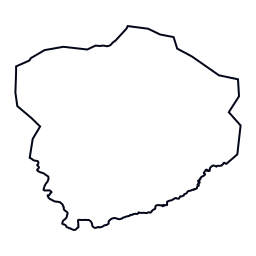 outline of Tosoncengel, Hövsgöl, Mongolia
{"feature_id": "93677404B95621463819566", "entity_name": "Tosoncengel", "entity_type": "district", "adm_level": 2, "iso_a3": "MNG", "parent_name": "Mongolia", "parent_adm1": "Hövsgöl", "projection": "robinson", "projection_center": [100.859, 49.504], "detail": "fine", "context": "isolated", "style": "outline", "palette": "ink", "viewbox_px": 256, "rotation_deg": 0, "n_neighbors": 0, "source": "geoboundaries", "source_scale": "gbopen_adm2", "svg_char_len": 5706}
<svg xmlns="http://www.w3.org/2000/svg" viewBox="0 0 256 256"><path d="M173.6,37.1L160.1,34.5L148.0,28.7L127.7,26.1L126.6,28.5L115.7,40.4L113.4,42.1L112.4,42.9L111.8,43.7L110.2,45.3L107.7,46.2L106.7,46.2L104.1,45.7L102.4,45.6L100.8,45.9L99.7,46.0L97.8,45.8L95.6,45.6L94.6,46.0L87.3,49.5L63.4,46.8L44.6,50.1L30.9,58.1L29.4,60.5L16.1,66.4L16.1,71.9L15.4,92.6L17.3,106.1L31.7,118.3L40.1,126.5L32.7,138.9L29.7,157.8L29.9,158.0L30.0,158.1L30.7,158.3L31.2,158.5L31.5,158.7L31.8,158.9L32.2,159.3L32.8,159.8L33.7,160.3L34.6,160.6L37.0,160.9L37.3,161.0L37.7,161.2L38.2,161.7L38.3,162.1L38.4,162.9L38.3,163.3L38.2,163.9L37.6,164.4L37.3,164.8L37.2,165.0L37.3,165.4L37.7,165.7L38.4,166.3L38.7,166.8L38.9,167.5L38.7,168.0L38.4,168.5L38.1,168.8L37.3,169.5L37.2,169.9L37.2,170.1L37.2,170.3L37.8,170.9L38.4,171.3L40.2,172.2L40.6,172.4L43.4,173.2L43.8,173.4L44.4,173.9L46.8,175.6L47.6,176.0L47.8,176.2L48.3,176.8L48.4,177.1L48.4,177.4L48.5,178.1L48.5,178.9L48.3,179.6L47.9,180.5L47.9,180.8L47.4,181.6L46.7,182.7L46.2,183.2L46.0,183.4L45.6,184.1L44.8,185.5L44.4,186.5L44.0,188.0L43.7,189.0L43.5,189.6L43.6,189.8L44.0,190.2L44.3,190.4L44.7,190.5L45.3,190.5L48.7,190.4L49.4,190.4L49.6,190.4L50.1,190.7L50.8,191.3L51.4,191.9L51.5,192.1L51.1,192.7L50.7,192.9L50.5,193.0L50.4,193.3L50.1,193.6L49.6,194.3L49.5,194.8L49.4,195.0L48.9,195.3L48.3,195.3L47.7,195.4L47.7,195.7L47.8,196.0L48.0,196.6L48.1,196.9L48.4,197.3L48.7,197.9L49.4,198.6L50.3,199.2L51.4,199.7L54.2,201.2L55.5,201.6L56.1,201.6L59.1,202.0L60.1,202.3L61.3,203.4L62.3,204.2L62.8,204.9L62.9,205.9L63.3,206.4L63.6,206.7L63.8,207.1L63.7,208.1L63.8,208.5L64.0,209.4L64.6,210.3L67.1,212.1L67.5,212.9L67.6,213.6L67.1,215.0L66.8,216.8L66.4,217.6L65.7,218.5L65.3,218.9L64.9,219.3L63.8,220.1L63.0,220.9L62.8,221.2L62.3,223.1L62.3,223.7L62.8,224.2L64.4,224.5L64.9,224.8L65.4,225.1L65.7,225.4L66.1,225.9L66.3,226.5L66.4,226.8L66.7,227.0L67.1,227.3L67.8,227.4L68.3,227.6L68.7,228.0L69.0,228.2L69.3,228.3L69.9,228.3L70.5,228.4L71.2,228.9L72.6,229.6L73.7,229.9L74.4,229.9L75.1,229.8L75.5,229.7L75.9,229.4L77.5,227.7L77.9,227.7L78.0,227.6L78.5,226.9L78.5,226.5L78.2,225.3L78.4,224.4L78.3,223.7L78.2,223.2L78.0,220.5L78.1,220.2L78.3,220.0L78.6,219.9L79.2,219.8L80.2,220.0L80.7,219.9L82.6,220.1L83.3,219.9L84.0,219.9L88.5,220.0L89.0,220.1L89.8,220.6L90.3,221.0L90.8,221.4L91.1,221.8L91.4,222.3L91.7,223.2L92.1,223.9L92.2,225.3L92.3,225.7L92.6,226.3L93.2,226.9L94.4,227.7L94.9,227.9L95.4,227.9L95.9,227.9L96.3,227.7L97.0,227.4L98.3,227.0L98.7,227.0L98.8,227.1L98.9,227.3L99.0,227.3L99.5,227.3L100.1,227.2L100.8,227.2L101.3,227.1L101.6,227.0L102.8,226.4L103.5,225.9L104.0,225.6L104.4,225.4L105.8,225.0L106.3,225.0L106.8,224.8L107.7,224.3L108.2,224.0L108.5,223.6L108.7,223.1L108.7,222.7L108.6,222.1L108.6,221.7L108.7,221.3L109.0,220.9L110.5,219.5L111.4,218.9L111.7,218.7L113.6,218.1L114.4,218.0L117.0,218.5L117.7,218.9L118.7,219.1L119.5,219.2L122.0,218.5L122.4,218.2L122.8,217.8L123.2,217.6L123.5,217.5L125.1,217.1L126.1,216.6L126.7,216.3L127.5,216.3L128.1,216.2L128.5,216.0L129.4,215.9L130.0,215.4L130.3,214.9L130.7,214.8L131.2,214.9L131.9,214.9L132.4,214.8L132.8,214.4L133.5,214.1L135.2,213.8L135.8,213.8L136.0,213.9L136.9,214.0L137.3,213.9L137.6,213.6L138.1,213.4L138.4,213.1L138.5,212.5L138.6,212.4L138.9,212.5L139.6,212.8L140.5,212.9L142.7,212.9L143.4,212.8L144.3,212.8L145.4,213.0L146.3,213.1L146.9,213.0L147.6,212.7L148.3,212.3L149.0,212.3L149.9,212.6L150.7,212.5L151.1,212.2L151.5,211.7L151.9,211.0L152.4,210.4L153.7,209.5L154.4,209.2L155.0,208.9L155.2,208.7L155.3,207.3L155.5,206.7L155.6,206.2L155.9,205.7L156.5,205.3L157.3,205.2L159.5,205.1L159.9,205.2L160.2,205.4L160.6,205.4L161.8,205.2L162.7,205.3L163.7,205.0L163.8,205.0L163.9,205.3L163.7,205.6L163.4,205.8L162.6,205.9L162.4,206.0L162.6,206.2L163.8,205.9L164.3,205.4L165.0,205.1L166.8,205.1L166.9,204.9L167.1,204.7L167.1,204.3L167.0,204.0L167.0,203.6L167.1,203.1L167.2,202.1L167.1,201.9L167.3,201.7L167.7,201.4L169.5,200.7L170.2,200.5L171.3,200.4L171.8,200.2L172.3,199.8L172.9,199.5L173.4,199.2L173.9,199.1L174.3,198.6L174.9,198.3L175.2,198.1L176.0,198.1L177.2,198.6L177.7,198.6L178.4,198.7L179.0,198.5L179.4,197.6L179.8,197.3L180.0,196.7L180.4,196.4L181.9,196.3L182.4,196.0L183.7,195.5L183.8,195.1L184.1,194.7L184.3,194.2L186.0,193.6L186.6,193.1L187.0,192.5L187.5,191.8L188.0,191.3L188.4,191.0L188.7,190.9L189.7,190.9L191.0,190.5L192.2,189.9L192.5,189.8L193.4,189.9L193.9,189.7L194.1,189.4L194.1,189.2L194.4,189.0L194.9,189.1L195.4,189.0L195.8,188.9L196.3,188.6L196.9,188.1L197.1,187.7L197.0,187.1L197.1,186.8L197.3,186.5L197.7,186.2L198.0,186.0L198.7,185.7L198.8,185.3L198.8,184.9L198.6,184.5L198.4,184.2L198.0,184.2L198.2,183.9L198.3,183.5L198.4,183.2L199.2,183.0L199.6,182.7L199.6,182.0L199.4,181.6L198.3,181.3L198.1,181.0L198.2,180.8L198.4,180.6L198.8,180.5L199.1,180.0L199.5,179.8L200.0,179.6L200.3,179.3L200.4,178.9L200.2,178.6L200.5,178.4L200.7,178.2L200.7,177.8L200.8,177.5L201.4,177.1L202.1,176.5L203.5,175.9L203.9,175.7L204.5,174.9L205.0,174.6L205.0,174.2L204.9,174.0L204.6,173.7L204.1,173.4L203.9,173.1L203.8,172.9L203.9,172.7L204.9,171.3L205.7,170.0L206.2,169.7L206.6,169.7L207.4,170.0L207.7,170.2L208.7,170.4L208.8,170.4L209.5,170.1L209.5,170.4L209.4,170.5L209.2,170.7L208.5,171.0L209.1,171.1L209.6,170.8L209.7,170.6L209.8,170.2L209.8,169.4L209.8,169.1L210.1,167.9L210.4,167.6L211.1,166.8L212.2,165.9L212.7,165.7L213.3,165.5L213.7,165.6L214.5,165.7L214.9,165.8L215.1,166.0L215.3,166.1L216.1,166.4L216.1,166.2L216.9,166.0L217.5,165.8L220.7,165.8L221.8,165.4L222.1,164.8L223.1,164.1L223.8,162.9L224.1,162.8L224.5,162.8L225.0,163.1L225.4,163.5L226.4,163.8L237.3,154.4L240.6,125.5L228.8,112.2L239.0,96.3L238.0,79.3L218.9,75.3L192.1,56.6L177.2,48.6L173.6,37.1Z" fill="none" stroke="#020617" stroke-width="2"/></svg>